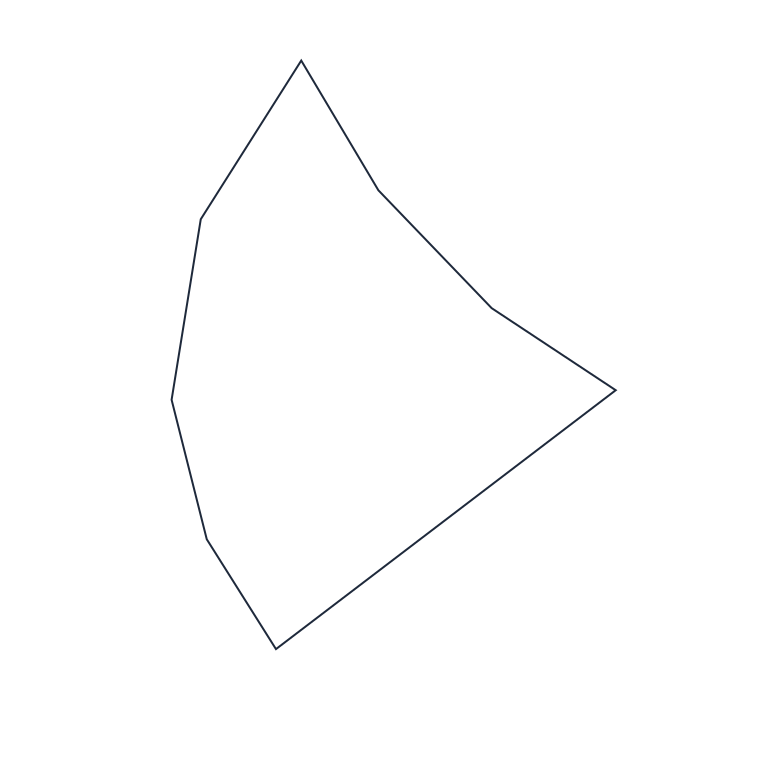 outline of Saint Mark, rotated 197°
{"feature_id": "GRD-5074", "entity_name": "Saint Mark", "entity_type": "Parish", "adm_level": 1, "iso_a3": "GRD", "parent_name": "Grenada", "parent_adm1": "", "projection": "natural_earth1", "projection_center": [-61.681, 12.191], "detail": "fine", "context": "isolated", "style": "outline", "palette": "slate", "viewbox_px": 768, "rotation_deg": 197, "n_neighbors": 0, "source": "natural_earth", "source_scale": "10m", "svg_char_len": 273}
<svg xmlns="http://www.w3.org/2000/svg" viewBox="0 0 768 768"><g transform="rotate(197 384 384)"><path d="M160.6,445.8L409.8,98.9L508.1,183.7L582.5,306.8L607.4,488.0L557.7,669.1L446.0,567.6L303.2,488.0L160.6,445.8Z" fill="none" stroke="#1e293b" stroke-width="2"/></g></svg>